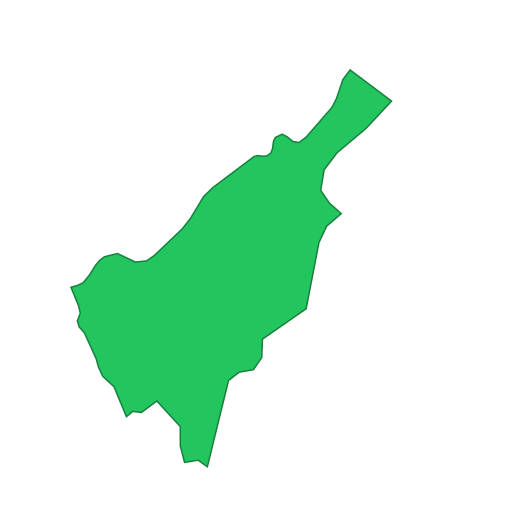 SVG path tracing the border of Kanungu, rotated 44°
{"feature_id": "UGA-3377", "entity_name": "Kanungu", "entity_type": "District", "adm_level": 1, "iso_a3": "UGA", "parent_name": "Uganda", "parent_adm1": "", "projection": "mercator", "projection_center": [29.677, -0.754], "detail": "fine", "context": "isolated", "style": "filled", "palette": "green", "viewbox_px": 512, "rotation_deg": 44, "n_neighbors": 0, "source": "natural_earth", "source_scale": "10m", "svg_char_len": 967}
<svg xmlns="http://www.w3.org/2000/svg" viewBox="0 0 512 512"><g transform="rotate(44 256 256)"><path d="M144.6,407.0L147.8,401.6L150.2,395.4L149.5,386.0L147.0,373.9L146.6,367.6L147.5,361.8L154.6,350.5L173.5,344.1L180.7,335.5L182.5,326.3L184.1,287.8L182.7,274.4L177.0,249.5L177.5,236.1L185.5,185.8L187.6,182.5L191.2,179.8L194.3,176.6L195.1,171.6L193.6,167.8L188.7,161.0L187.6,157.2L190.2,150.2L196.2,148.5L203.0,148.0L208.1,144.5L209.5,135.6L207.4,96.4L204.4,86.6L197.7,72.5L196.0,68.9L194.4,56.8L245.9,50.4L246.5,87.8L242.6,125.5L245.1,146.6L256.9,163.8L272.1,167.0L287.9,166.3L286.1,185.4L291.9,202.5L328.7,259.1L318.4,311.3L330.7,325.1L333.1,339.6L324.6,351.3L322.7,364.6L367.4,441.4L356.2,443.1L348.0,454.1L333.6,445.3L320.0,431.3L285.4,429.2L282.3,448.1L275.3,453.4L274.4,461.6L244.7,448.7L229.3,449.0L219.8,445.3L212.5,441.0L186.0,430.5L178.2,429.9L172.5,426.7L169.4,419.3L162.8,415.0L144.6,407.0Z" fill="#22c55e" stroke="#15803d" stroke-width="1.5"/></g></svg>